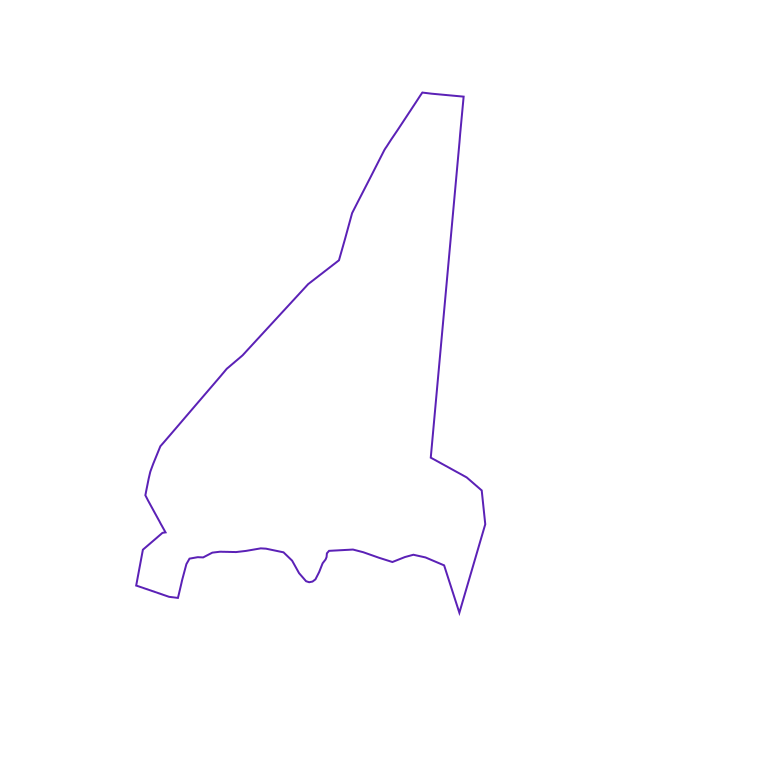 outline of Shattaya, Central Darfur, Sudan, rotated 27°
{"feature_id": "16777658B37888835972570", "entity_name": "Shattaya", "entity_type": "district", "adm_level": 2, "iso_a3": "SDN", "parent_name": "Sudan", "parent_adm1": "Central Darfur", "projection": "orthographic", "projection_center": [23.815, 12.332], "detail": "fine", "context": "isolated", "style": "outline", "palette": "violet", "viewbox_px": 768, "rotation_deg": 27, "n_neighbors": 0, "source": "geoboundaries", "source_scale": "gbopen_adm2", "svg_char_len": 1495}
<svg xmlns="http://www.w3.org/2000/svg" viewBox="0 0 768 768"><g transform="rotate(27 384 384)"><path d="M324.5,91.8L294.4,103.8L288.9,105.8L286.5,106.7L286.1,106.8L285.9,106.9L285.7,107.7L285.7,108.2L285.6,108.9L285.4,110.4L285.2,112.3L284.6,117.9L282.8,134.0L280.8,151.8L279.4,162.9L278.5,171.7L278.3,173.0L278.1,175.4L278.1,178.4L278.1,208.0L278.0,234.0L278.0,237.7L278.0,238.2L278.0,241.6L278.0,246.2L283.5,272.8L287.7,294.2L271.1,329.4L247.3,414.3L245.0,422.6L244.8,423.1L237.0,441.8L236.8,442.6L234.6,452.1L225.7,488.8L217.3,523.6L214.4,535.5L213.0,541.0L214.6,559.9L215.4,566.7L215.6,568.2L215.7,568.7L217.3,575.2L218.9,580.9L220.8,587.7L221.2,589.1L221.3,589.3L221.6,590.5L221.9,591.5L225.1,593.8L226.6,594.9L238.3,602.9L243.6,606.5L245.8,608.0L246.3,608.3L247.5,609.2L249.4,610.5L250.8,611.4L251.2,611.7L252.1,612.3L253.0,612.9L256.7,615.4L254.2,617.2L249.0,629.9L244.4,641.1L254.7,676.1L257.3,675.7L289.1,671.2L297.5,668.2L296.8,665.1L293.9,653.3L293.2,650.6L289.7,634.2L290.0,627.9L296.6,622.9L301.6,620.6L307.6,612.2L314.0,607.9L328.5,600.9L336.9,595.3L348.8,586.4L353.6,584.3L370.9,579.6L382.3,583.1L394.2,591.1L404.1,595.1L407.3,594.6L410.0,592.5L411.6,589.2L411.6,581.0L410.7,571.6L411.6,566.9L411.4,564.3L410.0,560.8L410.8,557.6L431.5,545.6L441.9,543.3L458.4,541.1L472.3,538.8L481.2,528.7L487.7,522.8L499.7,519.7L519.9,518.3L555.0,553.6L537.9,463.0L519.4,434.5L500.1,429.7L459.1,428.4L341.4,134.1L338.4,126.8L324.5,91.8Z" fill="none" stroke="#5b21b6" stroke-width="2"/></g></svg>